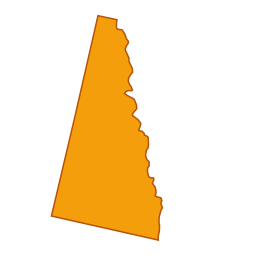 outline of Maverick, Texas, United States of America, rotated 193°
{"feature_id": "52423323B24944567676343", "entity_name": "Maverick", "entity_type": "district", "adm_level": 2, "iso_a3": "USA", "parent_name": "United States of America", "parent_adm1": "Texas", "projection": "robinson", "projection_center": [-100.434, 28.642], "detail": "fine", "context": "isolated", "style": "filled", "palette": "amber", "viewbox_px": 256, "rotation_deg": 193, "n_neighbors": 0, "source": "geoboundaries", "source_scale": "gbopen_adm2", "svg_char_len": 1245}
<svg xmlns="http://www.w3.org/2000/svg" viewBox="0 0 256 256"><g transform="rotate(193 128 128)"><path d="M182.8,25.0L73.2,25.6L74.0,28.1L74.3,31.6L74.2,33.9L74.8,37.7L75.6,41.0L76.1,41.5L76.6,43.1L77.6,48.2L77.4,55.0L76.5,58.1L79.0,61.8L78.9,64.4L78.6,64.9L80.4,67.5L81.3,67.3L86.2,67.7L86.1,71.0L86.9,73.8L88.4,76.7L90.5,78.4L91.9,80.1L91.2,83.0L91.6,84.7L92.4,85.2L94.2,84.6L95.9,84.8L97.0,85.4L99.3,90.0L99.9,93.4L98.9,95.8L99.8,99.8L102.5,101.5L104.8,105.1L105.0,110.6L104.0,113.2L104.3,116.6L106.2,123.3L107.1,124.1L110.3,124.8L111.3,126.7L113.6,128.0L116.7,127.9L117.0,129.0L116.4,133.7L116.7,135.5L120.1,138.4L126.3,141.1L126.6,142.2L126.6,143.3L123.8,148.8L125.0,152.5L128.2,157.1L130.1,158.1L133.5,158.8L138.1,160.3L139.1,160.9L138.4,162.7L137.0,164.0L135.4,164.8L132.7,165.1L132.3,166.1L134.4,169.2L135.7,170.2L137.5,172.4L138.3,174.0L138.6,176.9L138.4,177.6L137.1,181.6L136.0,183.3L137.0,186.3L137.5,187.4L141.7,192.7L142.3,193.8L142.9,196.5L148.0,203.1L148.4,204.2L148.2,206.8L146.9,210.7L147.0,212.1L147.8,213.2L149.6,214.5L152.1,218.6L155.3,221.8L156.4,222.3L160.0,221.9L160.8,222.1L161.5,222.8L162.0,224.0L162.8,227.8L163.1,231.0L182.5,230.7L182.3,126.5L182.8,25.0Z" fill="#f59e0b" stroke="#b45309" stroke-width="1.5"/></g></svg>